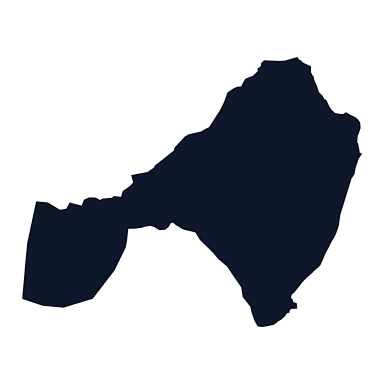 the district of Sanga, Kaduna, Nigeria
{"feature_id": "59680162B60875368726655", "entity_name": "Sanga", "entity_type": "district", "adm_level": 2, "iso_a3": "NGA", "parent_name": "Nigeria", "parent_adm1": "Kaduna", "projection": "orthographic", "projection_center": [8.467, 9.25], "detail": "fine", "context": "isolated", "style": "filled", "palette": "ink", "viewbox_px": 384, "rotation_deg": 0, "n_neighbors": 0, "source": "geoboundaries", "source_scale": "gbopen_adm2", "svg_char_len": 2792}
<svg xmlns="http://www.w3.org/2000/svg" viewBox="0 0 384 384"><path d="M36.7,202.2L32.1,223.9L28.0,243.1L27.6,247.2L26.1,262.8L23.0,298.3L25.9,299.3L42.9,305.0L63.4,306.9L72.8,304.0L82.7,301.0L92.2,298.2L113.9,270.0L125.0,247.2L126.3,240.2L127.6,228.0L134.4,227.9L141.7,227.0L144.2,226.1L150.1,225.0L154.3,226.2L159.5,229.4L164.7,229.0L167.7,226.9L168.8,225.2L169.9,222.9L172.6,221.8L173.9,222.1L174.6,223.1L176.4,224.6L179.0,226.0L180.8,227.3L183.9,228.9L192.9,231.0L196.0,231.9L197.1,233.8L197.3,234.1L198.4,236.0L200.4,239.3L203.7,242.6L209.6,248.3L212.5,251.2L213.1,251.8L215.6,254.7L215.7,254.8L218.3,257.9L219.1,258.8L222.4,261.5L225.0,263.8L227.5,265.9L230.5,270.3L231.6,271.9L232.6,273.4L235.8,278.1L236.1,278.5L237.6,280.7L238.2,281.6L239.6,283.6L240.7,285.2L242.0,287.2L242.2,288.8L243.4,296.7L244.7,298.3L246.1,300.0L248.7,303.4L250.9,306.1L252.5,312.8L252.8,313.7L255.1,320.3L256.3,322.5L258.2,325.7L260.6,326.1L263.3,326.1L265.1,325.8L267.4,325.4L273.5,324.1L275.5,322.5L277.7,320.8L281.1,318.8L284.6,315.5L286.4,312.5L288.8,312.1L288.9,310.2L289.8,308.8L292.1,308.1L293.9,308.0L296.4,307.9L296.1,303.8L292.8,302.8L291.8,299.8L291.2,299.1L289.9,298.3L291.3,293.7L293.4,292.4L294.9,290.5L297.8,286.9L301.8,281.8L305.6,277.7L311.7,272.4L314.2,269.8L317.7,266.8L319.9,264.6L321.8,260.3L325.0,252.7L327.9,247.5L330.8,241.5L334.0,236.3L335.4,233.3L338.0,225.7L338.8,220.4L339.6,214.7L346.8,191.3L350.8,178.3L353.7,174.0L353.9,172.9L355.3,165.8L355.4,165.7L356.3,163.5L358.1,158.3L361.0,154.0L358.9,153.0L358.8,151.0L357.4,143.8L356.4,142.8L357.0,135.5L358.0,133.4L359.8,128.1L359.6,125.2L359.5,122.9L357.9,120.6L357.3,119.9L355.2,117.9L353.1,117.0L351.0,116.0L345.8,113.1L343.3,114.9L342.1,114.8L338.7,114.5L337.9,114.3L334.6,113.7L334.4,113.5L331.4,110.7L329.2,107.7L328.4,106.2L328.1,105.6L325.8,100.6L323.7,99.6L323.2,98.7L321.5,95.6L319.3,93.6L318.3,92.6L315.9,85.4L314.0,81.2L313.6,80.3L313.3,79.1L313.2,78.3L312.9,76.9L311.6,75.4L310.2,72.2L310.1,70.1L310.3,66.9L309.6,66.4L306.5,65.1L302.6,63.3L300.5,61.1L298.3,59.9L297.1,57.9L285.0,61.4L278.8,61.7L264.3,61.1L262.2,63.0L261.9,63.4L261.7,65.5L261.2,66.5L260.7,67.4L258.3,68.8L258.3,69.4L258.5,71.5L253.5,76.3L253.5,76.5L249.4,77.8L248.3,78.5L245.7,79.4L241.5,87.3L240.9,87.3L237.7,87.4L237.4,87.4L233.5,89.3L228.1,92.9L224.6,102.7L221.1,109.6L219.4,112.8L219.2,112.8L209.6,127.8L205.7,129.6L201.4,132.2L191.7,134.4L189.1,135.0L185.4,137.0L176.1,147.1L174.7,149.1L174.9,150.5L174.8,150.8L155.4,166.1L154.8,167.9L147.9,172.7L132.1,175.7L134.0,182.6L132.8,184.0L130.2,186.8L124.4,190.8L123.4,191.5L121.6,197.7L114.0,196.8L112.2,198.5L102.3,199.4L100.7,200.6L100.2,201.0L95.8,198.4L89.4,198.1L84.6,200.3L82.1,206.5L70.0,203.4L66.7,209.6L59.6,210.5L47.6,203.2L36.7,202.2Z" fill="#0f172a" stroke="#020617" stroke-width="1.5"/></svg>